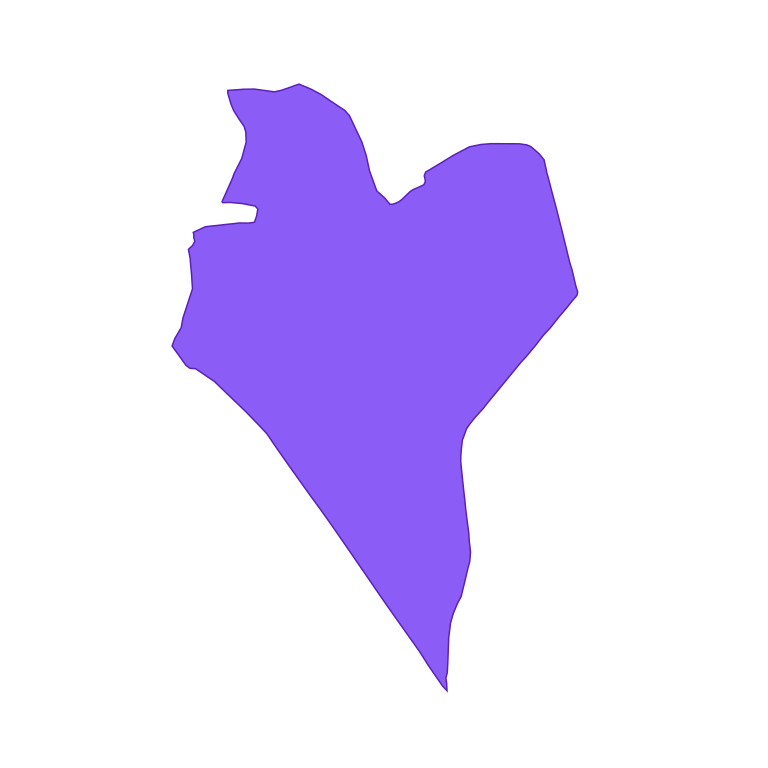 the district of Shahba, As Suwayda', Syria, rotated 82°
{"feature_id": "27442178B615257865565", "entity_name": "Shahba", "entity_type": "district", "adm_level": 2, "iso_a3": "SYR", "parent_name": "Syria", "parent_adm1": "As Suwayda'", "projection": "equal_earth", "projection_center": [36.676, 32.985], "detail": "fine", "context": "isolated", "style": "filled", "palette": "violet", "viewbox_px": 768, "rotation_deg": 82, "n_neighbors": 0, "source": "geoboundaries", "source_scale": "gbopen_adm2", "svg_char_len": 2594}
<svg xmlns="http://www.w3.org/2000/svg" viewBox="0 0 768 768"><g transform="rotate(82 384 384)"><path d="M220.0,190.6L215.2,191.2L202.0,192.7L197.6,193.4L196.9,193.4L196.0,193.4L184.2,194.3L177.6,198.3L169.3,205.6L167.1,209.3L165.0,216.4L160.9,244.6L160.3,254.6L161.0,265.7L161.0,266.3L164.1,275.0L167.2,283.5L167.5,284.3L169.0,287.6L175.3,302.2L175.4,302.4L179.8,313.0L180.1,313.4L183.5,315.2L186.8,314.8L189.5,315.0L192.3,316.9L195.1,326.3L195.6,328.4L197.3,331.7L203.8,340.6L205.5,343.6L206.4,346.4L207.2,350.4L207.0,351.8L206.8,353.2L203.3,355.3L199.9,357.4L196.3,360.5L191.7,364.3L172.2,368.4L171.7,368.5L171.2,368.6L170.9,368.7L167.8,368.9L155.5,369.8L141.4,372.2L130.4,375.6L129.6,375.9L128.1,376.4L126.9,376.7L125.3,377.2L125.0,377.3L113.7,380.8L107.5,384.8L104.4,388.4L95.5,398.4L88.4,406.2L82.1,414.9L75.2,426.4L78.9,444.7L79.4,452.0L73.9,471.3L72.6,481.8L71.5,497.9L74.5,498.2L85.4,496.6L92.3,494.8L101.5,490.7L109.4,486.7L115.2,485.8L125.2,486.8L140.9,493.5L154.5,503.0L158.7,505.2L161.9,507.1L165.0,509.1L168.1,511.0L173.2,514.2L177.8,517.1L180.9,519.0L182.0,518.5L182.8,510.8L183.4,508.5L184.0,506.1L184.8,502.6L185.7,498.9L189.9,486.7L190.3,486.5L193.1,484.6L200.0,486.8L205.8,489.8L205.8,495.7L204.4,504.8L204.3,510.2L204.1,515.6L203.9,520.9L203.9,522.7L203.7,529.6L203.5,534.3L203.4,539.0L207.3,551.8L208.5,551.7L209.7,551.5L212.2,552.0L216.4,551.5L220.3,554.4L223.4,558.9L230.5,558.6L232.8,558.5L236.1,558.7L239.4,558.9L241.5,559.0L243.7,559.1L248.1,559.3L263.1,560.4L270.0,563.8L290.6,573.9L300.0,577.0L310.0,584.9L316.9,588.6L317.2,588.4L328.0,582.7L337.8,577.6L341.5,573.9L342.6,568.5L358.1,551.4L363.0,547.6L372.1,540.5L393.2,523.9L394.4,523.1L402.3,517.3L416.6,507.1L433.4,498.8L450.7,490.0L483.7,472.8L499.5,464.3L519.3,454.1L537.0,445.2L555.3,436.1L572.5,427.5L588.9,419.4L604.7,411.4L620.7,403.2L638.5,394.0L653.5,386.2L669.0,379.2L691.5,367.9L696.2,364.5L696.5,364.3L690.6,363.8L689.5,363.6L688.4,363.6L684.0,363.7L678.6,361.5L669.3,359.7L644.2,355.2L630.0,351.4L621.2,347.5L611.5,341.8L605.2,337.2L592.2,332.0L577.8,326.4L574.8,325.1L571.8,323.8L562.4,321.7L550.6,321.4L543.9,320.8L530.6,320.7L519.1,320.5L509.7,320.1L501.1,319.9L483.5,319.3L471.5,318.8L465.8,317.9L460.2,316.7L450.4,314.2L445.9,311.7L445.1,311.3L440.0,308.6L435.8,304.9L429.9,298.6L421.8,288.9L417.4,284.4L406.2,272.1L399.8,265.2L392.0,256.7L381.5,245.3L377.4,240.2L367.5,229.2L358.1,219.6L351.0,210.9L343.0,202.6L333.3,191.7L329.1,187.3L323.1,180.6L319.9,179.4L312.8,180.5L297.9,181.8L289.1,183.2L257.1,186.4L234.1,188.9L220.0,190.6Z" fill="#8b5cf6" stroke="#5b21b6" stroke-width="1.5"/></g></svg>